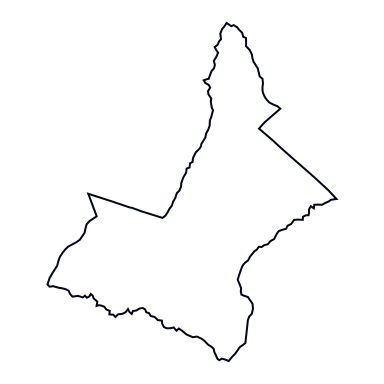 outline of Araruna, Paraná, Brazil
{"feature_id": "56859067B30533502140604", "entity_name": "Araruna", "entity_type": "district", "adm_level": 2, "iso_a3": "BRA", "parent_name": "Brazil", "parent_adm1": "Paraná", "projection": "mercator", "projection_center": [-52.579, -23.926], "detail": "fine", "context": "isolated", "style": "outline", "palette": "ink", "viewbox_px": 384, "rotation_deg": 0, "n_neighbors": 0, "source": "geoboundaries", "source_scale": "gbopen_adm2", "svg_char_len": 2932}
<svg xmlns="http://www.w3.org/2000/svg" viewBox="0 0 384 384"><path d="M226.6,23.0L224.0,26.9L222.1,29.1L220.3,33.6L221.0,39.2L219.0,41.5L217.6,44.8L214.7,47.1L216.3,50.2L218.1,52.7L216.3,56.9L213.8,60.9L214.9,64.8L214.0,68.3L211.5,71.1L209.9,75.4L208.7,78.8L206.3,79.4L203.7,80.3L205.3,83.0L208.7,84.9L210.2,87.6L208.0,91.1L208.4,94.3L211.3,98.5L210.8,101.6L211.2,104.5L211.8,107.6L213.0,110.4L211.2,117.2L209.9,120.3L209.6,125.9L208.1,130.0L206.2,133.3L205.3,137.7L203.0,141.3L201.4,143.8L200.8,146.7L199.3,148.9L195.8,152.3L193.1,157.8L192.5,161.9L190.0,163.4L189.5,167.5L186.6,168.6L186.1,172.6L183.2,177.7L181.3,183.1L181.0,186.8L179.3,190.8L176.9,193.0L175.2,198.1L172.9,202.1L172.0,205.5L169.7,208.4L168.1,211.4L165.6,215.5L162.6,217.9L141.7,211.4L135.7,209.2L132.2,207.9L129.6,207.4L112.2,201.5L88.3,193.8L96.7,216.3L89.5,221.1L86.6,224.3L85.2,229.7L84.5,232.9L79.8,239.8L76.2,242.3L67.9,246.8L65.1,249.6L62.9,252.3L59.9,256.9L58.2,261.6L57.3,265.5L55.0,269.2L53.1,272.0L51.5,274.8L49.5,278.2L47.5,284.5L49.6,286.7L53.3,286.2L57.6,287.5L62.2,288.3L65.7,289.2L68.7,290.8L70.2,294.2L72.5,296.6L78.1,295.9L82.9,297.4L84.9,295.7L86.8,297.7L89.4,296.4L90.8,294.0L92.7,295.7L93.7,298.5L97.3,301.6L96.6,305.9L99.0,305.2L101.7,305.7L104.3,306.7L106.4,309.5L109.7,310.9L109.4,314.4L113.2,314.7L115.5,316.9L118.2,314.3L122.5,313.8L125.6,312.2L128.0,309.1L129.2,311.6L131.7,313.9L132.9,311.1L136.6,310.4L139.6,308.5L142.9,308.0L145.1,309.4L146.3,312.3L149.1,313.2L150.8,316.0L154.5,316.9L157.9,320.1L161.9,320.6L162.2,323.7L163.9,327.0L166.7,328.3L170.5,328.2L173.7,327.5L176.5,330.7L178.8,328.6L182.1,330.7L186.3,334.4L189.4,335.7L192.8,337.2L197.0,336.6L201.2,338.5L204.3,340.7L208.0,344.6L210.8,346.3L213.6,348.7L214.4,352.2L216.2,355.9L217.3,358.6L219.3,360.2L221.8,358.7L225.4,359.6L228.7,361.0L231.9,357.1L235.2,353.7L239.9,347.0L242.7,345.1L245.4,343.0L247.9,320.1L249.2,316.6L251.8,313.8L253.0,308.7L252.5,303.8L247.9,297.0L245.4,296.2L241.5,294.7L240.8,291.7L241.1,288.3L239.6,284.2L237.7,279.8L239.0,275.4L240.3,271.6L242.1,266.7L243.7,264.2L245.4,262.4L248.0,260.5L250.0,256.7L254.3,251.4L256.8,249.6L258.8,246.8L261.7,247.0L264.3,245.1L267.8,244.3L270.3,241.2L274.2,239.0L276.7,234.0L278.7,231.1L282.4,229.8L286.2,228.7L287.5,225.8L291.1,224.0L294.1,219.9L297.7,219.6L302.8,219.8L303.0,216.8L305.8,215.3L308.6,215.2L309.1,212.3L308.9,209.6L310.8,206.2L313.8,208.3L314.3,204.8L317.5,204.6L322.0,204.8L325.6,202.8L328.6,201.5L330.8,199.9L333.5,199.4L336.5,199.0L328.6,190.5L314.2,177.2L285.6,152.1L276.4,143.8L273.6,141.1L259.0,128.6L264.3,122.6L280.3,108.7L277.5,106.3L273.6,104.7L269.3,102.5L267.1,100.1L265.1,97.6L263.1,93.2L262.5,90.4L262.5,86.8L263.0,83.7L262.5,78.8L259.7,76.5L258.4,71.1L257.8,68.4L256.2,65.9L253.5,61.6L252.4,58.1L251.9,54.4L249.6,49.9L246.0,46.1L246.1,43.1L246.0,38.0L243.2,36.8L242.2,32.8L239.0,29.7L237.2,27.3L233.7,25.1L231.4,26.2L226.6,23.0Z" fill="none" stroke="#020617" stroke-width="2"/></svg>